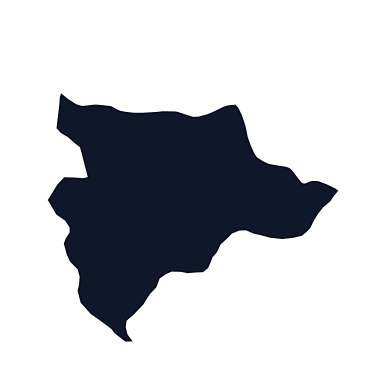 Hochon, Hamgyŏng-namdo, North Korea (Robinson projection), rotated 75°
{"feature_id": "82179303B14875494019042", "entity_name": "Hochon", "entity_type": "district", "adm_level": 2, "iso_a3": "PRK", "parent_name": "North Korea", "parent_adm1": "Hamgyŏng-namdo", "projection": "robinson", "projection_center": [128.612, 40.869], "detail": "fine", "context": "isolated", "style": "filled", "palette": "ink", "viewbox_px": 384, "rotation_deg": 75, "n_neighbors": 0, "source": "geoboundaries", "source_scale": "gbopen_adm2", "svg_char_len": 1717}
<svg xmlns="http://www.w3.org/2000/svg" viewBox="0 0 384 384"><g transform="rotate(75 192 192)"><path d="M118.5,137.9L118.6,139.5L120.8,150.7L121.6,156.6L121.7,166.1L120.4,171.9L111.5,185.6L110.4,188.1L107.7,197.5L107.2,199.3L106.3,205.3L103.3,220.0L101.0,228.3L97.9,236.1L95.6,240.8L93.5,243.4L88.9,248.2L87.8,250.7L83.9,261.0L83.1,263.9L81.4,275.2L80.3,277.8L78.5,280.7L76.2,283.2L70.6,288.2L64.1,292.9L66.3,294.3L74.2,297.1L84.7,301.3L95.2,305.5L100.6,302.8L106.1,297.3L114.2,291.9L119.6,287.8L126.2,287.8L134.2,287.9L151.4,288.0L151.3,293.5L148.4,301.8L145.5,311.4L150.6,319.7L157.1,326.6L162.7,332.6L163.6,332.2L178.3,328.2L186.4,321.3L194.5,318.6L199.8,320.0L204.9,325.6L208.9,328.4L219.5,328.4L227.5,327.1L236.9,321.7L244.9,321.7L252.8,324.5L258.0,327.3L262.0,327.4L270.0,327.4L283.4,320.6L291.5,313.8L298.3,308.3L303.7,304.2L307.7,302.9L313.1,298.8L318.5,294.7L319.9,289.2L313.2,291.9L309.2,291.9L305.3,291.8L298.7,289.0L294.9,280.8L287.2,268.3L279.4,260.0L274.3,251.7L266.5,246.1L264.0,239.2L262.8,232.3L265.7,222.7L268.5,217.2L270.0,208.9L271.5,202.1L268.9,196.5L263.7,192.4L259.8,189.6L256.0,184.0L249.5,178.5L244.4,168.8L241.8,164.7L240.7,156.4L242.2,149.5L247.6,142.7L250.4,137.2L255.9,127.6L260.1,116.6L261.7,105.6L261.9,97.3L259.4,91.8L256.8,87.6L250.3,82.0L245.2,76.5L240.0,69.6L236.2,61.3L232.4,57.1L228.4,51.4L226.0,53.4L219.8,60.7L214.9,67.6L213.2,72.9L213.1,75.4L213.9,80.1L213.3,82.6L211.0,84.8L197.4,90.4L194.6,92.3L192.8,94.8L186.4,109.0L184.8,111.7L181.1,116.1L176.0,120.7L173.3,121.9L170.3,122.7L162.2,124.0L153.5,124.7L142.0,124.0L130.7,124.7L122.5,126.3L120.0,127.7L120.5,127.8L119.1,130.7L118.6,133.3L118.4,136.5L118.5,137.9Z" fill="#0f172a" stroke="#020617" stroke-width="1.5"/></g></svg>